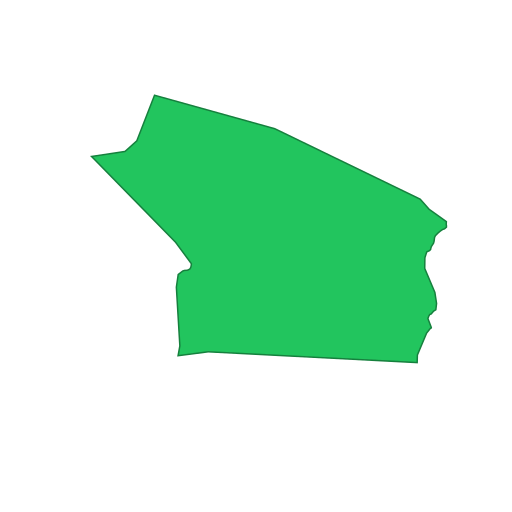 an SVG outline of Saint Andrew, rotated 115°
{"feature_id": "BRB-1990", "entity_name": "Saint Andrew", "entity_type": "Parish", "adm_level": 1, "iso_a3": "BRB", "parent_name": "Barbados", "parent_adm1": "", "projection": "natural_earth1", "projection_center": [-59.584, 13.25], "detail": "fine", "context": "isolated", "style": "filled", "palette": "green", "viewbox_px": 512, "rotation_deg": 115, "n_neighbors": 0, "source": "natural_earth", "source_scale": "10m", "svg_char_len": 854}
<svg xmlns="http://www.w3.org/2000/svg" viewBox="0 0 512 512"><g transform="rotate(115 256 256)"><path d="M284.5,64.9L363.0,258.8L379.3,284.5L369.7,287.0L317.9,315.0L305.6,318.7L300.5,316.0L299.3,314.7L298.0,312.3L296.9,311.3L295.8,310.5L294.4,310.3L292.7,310.5L290.3,311.3L277.5,334.8L235.3,447.1L216.6,418.9L202.0,412.7L153.2,415.9L132.7,292.7L135.1,131.2L140.5,118.8L144.4,98.0L146.9,97.0L148.2,96.1L149.4,95.6L150.5,96.1L151.7,96.6L153.0,98.0L155.5,99.5L158.4,100.8L161.8,102.0L163.8,102.0L165.9,101.3L167.6,100.8L169.5,100.5L172.7,101.0L173.9,101.0L175.2,100.8L176.3,100.5L177.8,101.0L180.1,103.0L186.2,102.2L196.0,97.8L213.4,78.5L222.7,72.3L228.7,70.3L230.7,71.6L232.8,72.3L234.3,72.6L235.6,73.8L237.5,74.0L240.0,73.8L246.7,66.9L247.6,66.9L248.0,67.4L253.7,68.8L277.5,67.9L284.5,64.9Z" fill="#22c55e" stroke="#15803d" stroke-width="1.5"/></g></svg>